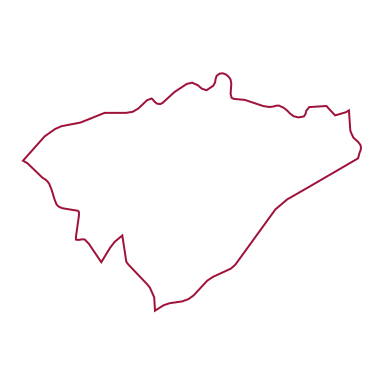 outline of Otdar Mean Chey
{"feature_id": "KHM-1782", "entity_name": "Otdar Mean Chey", "entity_type": "Province", "adm_level": 1, "iso_a3": "KHM", "parent_name": "Cambodia", "parent_adm1": "", "projection": "equal_earth", "projection_center": [103.537, 14.166], "detail": "fine", "context": "isolated", "style": "outline", "palette": "rose", "viewbox_px": 384, "rotation_deg": 0, "n_neighbors": 0, "source": "natural_earth", "source_scale": "10m", "svg_char_len": 1419}
<svg xmlns="http://www.w3.org/2000/svg" viewBox="0 0 384 384"><path d="M222.8,73.3L226.0,74.5L228.6,76.7L230.5,79.4L231.3,83.8L230.6,93.9L231.6,97.8L233.9,98.9L244.8,99.9L263.4,106.1L269.4,107.0L273.6,106.5L276.2,105.7L278.9,105.6L283.4,107.6L286.9,110.3L290.0,113.5L293.6,116.2L298.3,117.4L303.8,116.5L305.5,114.0L306.3,110.7L309.2,107.1L326.4,106.0L335.1,115.4L346.0,112.2L348.9,110.4L349.0,111.4L350.3,130.5L351.6,133.9L353.5,137.8L357.8,141.6L360.4,144.9L361.0,147.5L360.6,150.2L359.5,152.9L358.1,158.3L309.0,186.9L287.3,199.3L275.4,209.4L235.4,264.6L230.9,268.6L213.1,276.8L207.3,280.6L193.6,295.4L188.5,299.1L182.2,301.4L169.7,303.2L163.7,305.2L155.0,310.7L154.2,297.3L149.9,287.7L147.5,284.6L128.5,264.7L126.5,262.1L126.2,260.9L122.3,235.5L114.7,241.8L110.2,247.6L101.3,262.2L88.8,243.7L84.7,239.5L83.7,239.3L80.9,239.5L79.4,239.8L77.7,239.9L76.0,239.6L75.9,237.1L78.9,215.8L79.0,213.9L78.8,211.7L78.0,210.8L62.7,208.3L59.3,207.0L57.5,205.5L56.4,204.1L54.4,199.0L51.6,189.7L49.1,183.6L47.4,181.4L45.8,179.8L42.2,177.5L27.4,163.2L23.0,160.7L44.6,136.4L55.1,129.0L61.5,126.2L80.6,122.5L94.8,116.8L104.5,112.9L125.9,112.9L132.7,111.8L138.2,108.6L147.1,100.2L151.6,98.5L152.8,99.5L154.5,101.6L156.9,103.6L160.2,104.1L162.6,102.9L174.5,92.0L186.8,83.9L192.1,82.7L197.8,85.2L202.0,88.8L206.6,90.2L213.2,85.8L215.1,82.4L215.6,79.0L216.6,75.9L219.6,73.6L222.8,73.3Z" fill="none" stroke="#9f1239" stroke-width="2"/></svg>